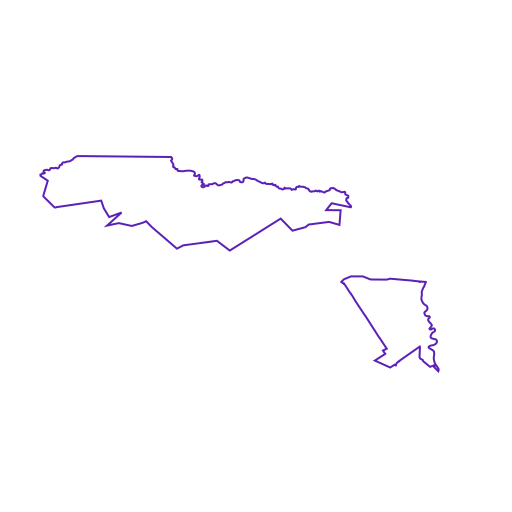 outline of Torreón, Coahuila, Mexico, rotated 135°
{"feature_id": "50627088B67777586525321", "entity_name": "Torreón", "entity_type": "district", "adm_level": 2, "iso_a3": "MEX", "parent_name": "Mexico", "parent_adm1": "Coahuila", "projection": "natural_earth1", "projection_center": [-103.236, 25.242], "detail": "fine", "context": "isolated", "style": "outline", "palette": "violet", "viewbox_px": 512, "rotation_deg": 135, "n_neighbors": 0, "source": "geoboundaries", "source_scale": "gbopen_adm2", "svg_char_len": 6017}
<svg xmlns="http://www.w3.org/2000/svg" viewBox="0 0 512 512"><g transform="rotate(135 256 256)"><path d="M351.7,465.0L350.0,456.5L363.8,449.0L364.2,448.3L364.1,432.9L363.5,432.0L362.5,431.6L326.3,404.6L329.9,397.3L332.3,387.4L320.3,381.8L339.8,382.8L329.7,376.2L322.6,365.1L313.4,360.0L310.7,358.8L309.1,358.3L309.2,349.9L306.7,317.1L299.8,314.9L272.9,294.4L270.7,278.4L212.1,265.0L212.3,248.1L200.6,241.4L196.5,241.0L180.2,228.4L175.0,219.0L163.8,228.5L173.9,238.8L165.2,239.8L154.6,223.5L154.2,223.5L153.9,223.6L153.6,224.0L153.5,224.6L153.5,227.0L153.4,227.6L153.5,228.7L153.4,228.9L153.0,229.7L153.1,230.6L153.0,231.2L152.7,231.7L151.3,232.7L150.9,232.7L150.1,232.1L149.7,232.1L149.0,232.4L148.5,233.0L148.3,233.2L148.3,233.6L148.6,234.5L149.1,235.8L149.2,236.4L149.0,236.9L148.2,237.6L147.9,238.1L147.8,238.4L147.9,238.7L148.1,238.9L150.0,240.1L150.6,240.8L151.3,242.9L152.4,245.2L152.5,245.8L152.7,246.2L152.6,246.6L152.7,247.3L152.7,248.0L153.3,249.1L153.4,249.7L154.3,250.2L155.5,251.2L156.0,251.2L156.6,250.9L156.9,250.6L157.3,250.6L158.1,250.8L161.2,252.4L162.1,252.3L162.6,252.4L163.3,253.6L163.6,254.5L164.2,255.5L164.4,256.2L165.2,256.3L165.5,256.6L165.5,256.8L165.2,257.4L165.3,257.7L165.7,258.0L167.0,258.4L167.4,259.1L167.5,259.5L167.4,259.9L167.5,260.0L168.5,260.3L169.1,260.6L170.3,261.6L170.6,262.0L171.3,262.2L171.7,262.7L171.9,263.3L172.1,264.7L171.7,265.4L171.6,266.9L172.2,267.7L172.5,268.3L172.6,268.9L172.6,269.5L173.3,270.9L173.8,271.7L175.8,273.9L176.0,274.9L176.4,275.0L176.7,274.6L176.8,274.6L177.4,275.1L178.0,275.8L178.5,276.0L179.3,276.0L180.5,275.2L180.8,275.0L181.0,275.1L181.9,276.2L182.1,276.7L183.9,277.5L183.9,278.2L183.8,278.8L184.0,279.6L185.8,281.5L187.4,282.8L187.5,283.1L187.3,283.7L187.5,284.1L187.8,284.1L188.8,283.7L190.0,284.1L190.5,285.1L190.9,286.3L191.5,286.8L191.8,287.3L191.9,288.6L191.6,289.2L191.5,289.5L192.2,290.3L192.4,290.6L192.3,291.5L192.5,291.8L192.1,292.4L192.1,292.7L193.3,293.5L193.4,293.8L193.4,294.4L193.9,294.8L193.9,295.0L193.3,295.4L193.3,295.6L195.5,297.1L196.6,298.6L197.3,299.2L197.7,299.6L198.0,300.8L197.9,301.6L199.1,302.0L200.0,303.0L200.8,305.5L201.8,308.0L202.0,309.7L202.7,311.4L204.6,313.7L206.1,316.6L206.9,318.0L207.4,318.4L208.5,318.8L209.3,319.1L210.0,319.3L210.5,319.1L211.2,318.4L212.1,317.7L212.9,317.6L213.5,317.8L214.1,318.4L214.8,319.3L214.9,319.6L214.8,320.1L214.4,320.8L214.5,321.6L214.8,322.1L215.6,323.1L217.6,324.4L218.9,324.6L219.7,325.3L220.1,325.3L220.6,325.1L221.4,325.3L221.7,325.6L222.1,326.5L222.6,327.1L223.0,327.8L224.0,328.2L225.3,329.7L226.7,329.9L227.8,330.5L229.4,330.5L230.4,331.0L232.1,332.0L232.8,332.7L232.9,333.0L233.0,334.3L233.0,335.4L233.2,336.0L233.5,336.5L234.2,337.1L236.3,337.8L237.8,339.3L238.6,340.0L239.0,340.1L239.9,339.3L240.2,339.3L240.7,339.7L241.4,341.2L242.8,341.3L243.7,341.5L244.7,341.9L245.0,342.3L245.2,342.6L245.4,343.3L245.3,343.8L245.2,344.1L244.4,344.4L243.7,344.3L243.4,344.2L243.0,343.5L242.7,343.4L242.3,343.4L242.0,343.8L242.0,344.7L242.3,346.2L242.3,346.5L242.0,346.8L241.1,346.9L240.7,347.1L240.4,347.4L240.1,348.0L240.3,348.4L241.6,349.6L242.0,350.2L242.0,350.7L241.8,350.9L240.1,351.6L239.4,352.3L238.7,353.3L238.8,353.6L239.0,353.7L240.5,354.0L241.7,354.5L242.3,355.3L242.8,356.4L242.9,356.6L242.7,356.9L241.8,357.0L240.9,357.5L240.6,357.8L240.3,358.6L240.3,359.7L241.7,362.2L243.1,363.9L245.8,366.2L247.8,367.6L250.9,371.2L251.0,371.4L250.9,372.1L250.7,372.4L250.2,372.8L250.2,373.0L250.2,373.3L250.6,373.7L251.1,374.0L251.3,374.3L251.3,375.0L251.0,375.9L251.0,376.2L251.5,377.4L251.5,377.7L250.9,378.3L250.2,378.6L249.6,379.4L249.1,381.3L249.0,382.2L248.7,383.1L248.6,383.5L247.0,383.7L246.4,384.1L246.1,384.7L246.1,385.1L246.3,385.7L246.1,386.1L309.5,450.8L310.0,451.1L311.1,452.6L313.3,453.6L315.0,453.8L316.1,454.1L317.2,453.8L317.6,453.8L318.5,454.2L320.4,454.5L323.5,456.7L324.6,457.1L325.6,458.1L326.3,458.6L327.9,458.6L328.1,458.5L328.5,457.9L330.5,458.8L331.2,458.6L332.5,457.9L334.3,458.1L334.6,458.6L335.1,459.9L336.8,460.9L337.7,462.1L338.7,462.9L338.8,463.2L339.3,463.3L340.8,462.8L341.4,462.8L341.9,463.2L342.9,464.9L345.0,466.3L345.8,466.4L346.4,466.0L346.6,465.7L346.7,465.1L346.5,464.3L346.8,464.0L347.2,464.1L348.0,464.5L348.2,464.8L348.5,465.4L348.8,465.6L349.5,465.4L350.0,465.5L350.9,466.0L351.7,465.0ZM214.0,177.4L213.7,174.6L213.2,174.6L213.7,171.7L215.5,163.5L215.4,163.2L216.2,159.2L217.6,153.7L221.1,136.5L221.0,136.4L226.5,111.4L226.4,111.3L229.1,98.0L233.1,99.4L233.8,95.4L245.9,98.0L240.0,82.3L234.8,81.1L234.5,79.8L232.6,80.7L231.9,80.8L229.5,80.4L229.5,80.6L204.4,76.2L204.5,76.0L204.4,75.7L211.9,68.9L212.4,67.0L211.6,64.7L212.1,63.6L212.1,62.5L211.3,54.6L206.6,52.4L208.1,51.5L208.6,51.4L208.6,45.6L207.8,46.0L206.9,46.8L206.4,48.5L205.5,53.3L204.6,55.2L203.3,57.2L202.6,58.0L201.9,58.7L200.4,59.7L199.6,60.4L198.7,61.3L197.8,62.5L197.6,63.3L197.6,63.9L198.1,66.3L198.6,68.1L198.7,69.0L198.4,69.5L197.8,69.7L196.7,69.5L195.3,68.8L193.7,67.6L191.7,66.9L191.2,66.8L189.9,66.9L188.8,67.3L188.2,67.9L187.8,68.8L187.8,69.8L189.3,72.3L189.9,73.4L190.1,74.4L189.9,75.2L189.5,75.6L188.3,76.4L186.1,76.9L185.7,77.0L184.3,76.7L183.2,76.4L182.4,76.6L181.8,76.9L181.5,77.3L181.3,78.5L181.4,79.0L182.5,79.9L183.7,80.1L184.3,80.3L184.7,80.7L184.9,81.6L184.8,81.9L184.4,82.0L181.6,82.3L181.2,82.4L180.7,82.7L180.4,83.1L180.2,83.9L180.1,87.2L179.9,88.2L179.6,88.9L179.1,89.4L178.4,89.7L176.6,89.7L176.2,90.0L176.1,90.6L176.2,91.1L177.5,92.4L178.0,93.4L178.2,94.0L178.2,94.6L177.9,95.4L177.4,96.5L177.1,96.8L176.3,97.1L174.3,96.9L172.9,97.0L172.2,97.3L171.3,98.3L170.8,99.3L170.6,100.0L171.2,103.0L171.1,104.6L170.6,106.4L169.9,108.1L168.9,109.2L168.1,109.9L166.1,111.3L164.4,113.3L164.0,113.5L161.2,114.9L159.6,115.4L158.9,115.5L158.2,115.7L157.3,116.3L155.0,117.1L154.3,117.6L157.8,121.7L158.1,121.5L158.3,121.7L158.2,121.8L158.3,122.0L158.4,121.9L158.7,122.3L159.2,123.4L161.9,126.7L161.5,127.0L161.9,126.9L177.2,145.1L180.2,146.8L191.6,158.4L194.8,165.9L203.2,174.4L210.2,177.3L214.0,177.4Z" fill="none" stroke="#5b21b6" stroke-width="2"/></g></svg>